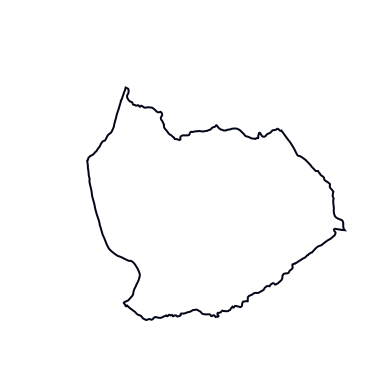 the district of Mendefera, Debub, Eritrea, rotated 146°
{"feature_id": "51966322B17465014138668", "entity_name": "Mendefera", "entity_type": "district", "adm_level": 2, "iso_a3": "ERI", "parent_name": "Eritrea", "parent_adm1": "Debub", "projection": "natural_earth1", "projection_center": [38.816, 14.861], "detail": "fine", "context": "isolated", "style": "outline", "palette": "ink", "viewbox_px": 384, "rotation_deg": 146, "n_neighbors": 0, "source": "geoboundaries", "source_scale": "gbopen_adm2", "svg_char_len": 5912}
<svg xmlns="http://www.w3.org/2000/svg" viewBox="0 0 384 384"><g transform="rotate(146 192 192)"><path d="M261.3,276.7L263.3,272.6L264.8,270.2L266.4,266.8L268.3,263.5L269.4,260.5L269.8,259.7L270.9,258.5L271.9,256.5L274.4,249.8L277.2,244.1L279.6,236.9L282.0,231.2L282.3,230.0L283.1,227.9L285.4,219.7L286.3,217.4L287.0,216.1L287.2,215.0L289.2,208.9L289.7,207.3L289.9,206.7L290.5,203.0L291.9,196.7L292.3,194.3L292.5,191.2L292.3,189.9L292.0,188.3L291.0,185.0L289.8,181.7L289.0,180.1L288.1,179.0L286.9,177.2L285.7,175.2L285.3,174.1L284.6,173.2L283.2,170.7L282.6,170.0L281.8,169.6L281.0,168.9L280.5,167.8L280.0,166.2L279.8,164.3L279.8,162.0L280.0,158.6L280.2,157.5L280.5,155.8L280.9,154.0L281.2,153.2L282.4,151.4L285.1,149.1L287.9,147.3L289.9,146.3L291.3,145.3L293.9,143.9L296.1,142.2L298.2,140.0L299.6,139.3L305.5,137.8L306.5,137.9L307.1,138.1L309.5,138.5L310.6,138.2L310.5,136.3L310.8,134.6L310.4,134.0L310.0,134.0L309.3,134.2L308.7,131.3L306.4,124.7L306.1,123.4L306.0,122.1L305.5,120.6L304.1,118.8L303.4,116.8L303.4,114.7L301.6,111.5L298.5,110.6L296.9,108.7L296.3,108.6L295.6,108.5L294.8,108.8L293.0,109.1L292.1,108.7L289.6,106.0L288.5,105.3L287.6,104.9L285.4,104.7L283.6,104.2L282.4,104.1L282.3,103.2L281.9,102.8L281.4,102.7L280.3,103.0L279.6,103.0L279.2,102.6L278.8,101.6L278.3,101.3L277.4,101.3L277.1,100.8L277.0,100.2L277.2,99.7L276.5,99.4L275.7,99.4L275.1,99.2L274.2,98.6L274.2,98.0L273.7,96.9L271.2,96.1L270.3,96.2L269.9,96.7L269.8,97.1L269.3,97.3L268.8,97.2L267.1,96.0L265.5,95.3L263.7,95.0L260.5,93.8L256.8,93.5L255.8,92.7L254.5,92.3L253.7,91.6L251.9,88.0L251.6,85.4L250.8,84.4L249.2,82.9L246.2,81.1L245.4,80.1L245.5,78.8L245.4,78.3L245.1,78.0L244.6,77.9L243.2,77.9L242.7,77.5L242.4,76.9L242.4,75.8L242.3,75.1L241.3,75.0L240.4,74.1L239.7,74.2L239.2,74.6L239.3,76.2L239.1,76.8L238.4,77.3L237.9,77.3L237.1,76.7L235.6,76.2L233.2,76.7L232.4,75.7L231.3,74.8L229.2,73.3L228.6,73.1L227.1,73.1L226.3,72.9L225.1,73.6L222.7,74.3L222.6,73.3L222.1,72.9L221.1,73.3L220.1,73.5L218.4,72.0L217.4,70.9L216.5,69.7L215.6,69.4L214.9,69.4L214.4,69.7L213.8,70.1L212.9,71.3L211.6,72.3L210.9,72.5L208.8,71.5L207.8,71.0L207.0,70.3L206.3,71.1L204.6,73.5L203.2,73.9L202.2,73.9L200.2,73.4L197.1,73.4L196.2,73.1L194.8,72.1L193.8,71.5L192.8,71.2L187.4,70.8L185.2,71.9L182.4,72.1L180.9,71.0L180.5,70.5L180.0,70.6L179.1,71.1L177.9,71.3L175.9,71.2L175.2,70.4L174.9,68.8L174.3,68.5L171.5,68.3L170.1,68.6L168.3,68.7L167.0,69.0L165.9,69.6L164.8,70.6L163.8,72.0L162.9,72.5L161.7,72.8L160.2,72.3L158.5,71.3L157.5,71.0L156.8,71.1L155.5,71.9L154.5,72.2L152.8,72.2L151.4,72.6L150.9,73.0L150.3,73.9L149.7,75.3L149.2,75.7L148.3,75.6L147.3,75.3L146.7,75.3L146.6,75.0L145.5,75.1L145.1,74.9L144.0,74.9L141.1,75.0L140.0,74.7L138.6,74.9L137.7,74.8L137.2,74.8L135.4,74.5L133.6,74.6L132.2,75.1L131.1,74.8L130.7,75.1L127.6,75.2L126.5,74.8L121.5,76.0L119.0,76.4L117.5,76.3L114.8,75.6L113.4,75.6L111.4,75.8L108.6,76.0L106.2,76.0L103.9,75.8L102.4,75.8L98.4,76.3L98.0,76.3L96.1,77.5L95.7,78.3L95.6,78.7L95.8,80.0L95.5,81.3L94.8,81.7L94.0,81.5L89.0,76.8L86.7,74.9L86.8,76.4L86.3,78.0L85.9,78.8L83.8,82.0L83.6,82.7L83.4,83.8L83.4,84.4L83.6,85.0L86.0,88.6L86.7,90.1L86.9,90.8L87.0,92.0L86.7,93.5L86.0,95.4L85.1,97.0L83.2,99.6L81.6,102.8L79.9,105.7L78.1,107.6L77.9,109.4L77.5,110.2L75.6,112.4L74.6,113.3L74.7,114.9L75.1,118.0L74.9,119.3L73.7,120.6L73.2,121.6L73.8,123.7L75.4,127.6L75.3,128.4L74.8,129.6L74.6,130.4L74.8,131.6L75.9,134.2L75.6,135.6L76.0,136.8L75.8,138.1L75.8,139.0L77.7,140.2L78.6,145.8L78.7,148.0L80.0,155.4L81.6,159.8L82.5,161.4L83.5,162.4L83.8,162.8L84.0,163.8L84.0,164.5L83.1,170.9L82.8,178.3L83.1,181.5L83.5,192.9L84.1,192.9L84.5,193.4L84.9,194.1L85.1,195.4L85.6,196.5L86.0,196.7L87.7,196.7L88.1,196.8L88.4,197.1L89.1,197.2L89.7,197.6L90.6,198.0L91.4,198.0L92.7,197.6L94.0,197.4L95.0,197.4L96.1,197.8L97.7,197.9L99.6,197.3L100.2,197.2L100.9,197.3L101.6,197.8L102.5,198.5L102.7,199.3L102.7,201.1L102.8,201.8L102.5,202.2L102.7,202.7L102.7,203.2L102.9,203.4L103.7,203.3L104.6,202.4L105.1,202.1L106.1,201.0L106.6,200.0L107.0,199.7L107.5,199.9L108.5,200.7L109.6,200.5L110.1,200.8L111.2,202.0L112.5,202.9L114.3,206.0L116.3,208.4L116.5,209.3L116.6,210.9L117.6,216.2L118.1,216.9L118.2,217.6L119.4,219.4L120.0,220.0L121.6,221.1L123.2,222.0L123.8,222.2L125.2,222.5L127.5,223.6L128.8,224.1L129.5,224.0L131.3,225.3L132.4,226.9L133.1,227.6L133.8,229.3L134.1,230.9L134.3,233.6L134.7,233.7L135.2,233.7L135.6,233.4L136.3,233.3L136.8,233.4L138.2,233.8L139.6,234.0L140.3,233.7L142.2,233.5L143.9,234.1L144.8,234.1L149.2,236.1L152.0,238.6L154.4,239.8L155.3,240.4L158.3,241.6L159.1,242.5L160.3,242.3L161.0,242.0L161.7,241.3L162.6,240.9L163.9,241.3L164.7,242.0L166.2,242.8L167.0,243.6L169.3,244.5L170.4,244.2L171.2,243.8L172.1,242.2L172.4,242.0L173.2,242.0L174.1,243.0L174.9,244.2L176.6,245.5L176.7,246.0L176.5,247.2L177.2,249.1L177.5,250.7L178.3,252.1L178.6,253.6L178.8,257.3L179.1,260.2L178.9,261.3L178.1,262.9L177.6,263.4L176.9,267.9L177.1,268.6L176.9,269.9L176.6,270.6L176.2,271.1L175.3,271.7L174.7,271.8L173.8,272.3L173.2,273.4L172.9,274.7L173.2,276.0L174.7,276.5L175.8,277.3L176.4,278.7L176.6,280.2L177.2,282.4L177.9,284.2L180.8,286.7L183.9,288.2L184.5,289.1L184.9,290.2L185.7,291.8L186.1,292.0L187.1,291.7L187.8,292.1L187.8,293.3L188.0,293.9L188.4,294.2L189.6,294.6L190.2,295.0L190.8,296.3L191.8,297.0L191.9,297.4L191.9,298.1L191.5,299.4L191.6,300.1L192.8,301.8L193.2,303.9L192.9,306.8L191.9,308.2L191.2,308.7L189.9,309.2L188.2,310.9L187.4,312.4L187.2,313.0L187.4,313.7L188.6,315.7L190.7,313.8L193.0,312.3L195.1,310.6L196.6,309.6L198.2,308.2L199.9,307.6L200.3,306.8L201.4,306.0L207.2,301.2L210.8,298.5L213.6,295.9L218.2,292.0L219.8,290.3L220.6,289.6L224.2,287.3L225.9,286.5L229.2,286.3L230.4,286.0L234.3,283.8L235.2,283.4L236.1,283.5L237.1,283.8L237.9,283.8L239.4,283.4L241.5,282.3L242.8,281.4L245.4,280.6L248.6,279.3L250.8,279.0L252.0,278.5L253.7,278.4L256.1,278.7L258.7,278.3L260.5,276.7L261.3,276.7Z" fill="none" stroke="#020617" stroke-width="2"/></g></svg>